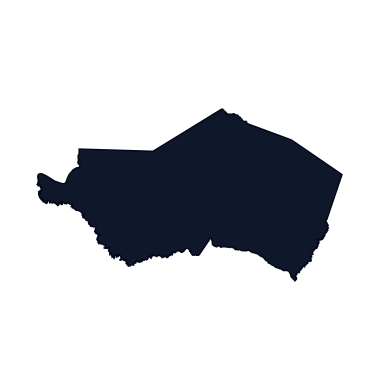 Milán, Caquetá, Colombia, rotated 124°
{"feature_id": "7082276B138661064638", "entity_name": "Milán", "entity_type": "district", "adm_level": 2, "iso_a3": "COL", "parent_name": "Colombia", "parent_adm1": "Caquetá", "projection": "robinson", "projection_center": [-75.283, 1.126], "detail": "fine", "context": "isolated", "style": "filled", "palette": "ink", "viewbox_px": 384, "rotation_deg": 124, "n_neighbors": 0, "source": "geoboundaries", "source_scale": "gbopen_adm2", "svg_char_len": 6023}
<svg xmlns="http://www.w3.org/2000/svg" viewBox="0 0 384 384"><g transform="rotate(124 192 192)"><path d="M93.7,77.4L93.3,138.5L104.5,184.6L103.2,186.4L104.7,189.0L104.5,190.6L103.7,191.3L103.9,193.4L103.2,193.7L103.6,195.7L103.1,196.1L102.8,197.3L103.7,198.6L103.7,201.0L105.9,203.1L106.4,204.3L107.6,205.5L107.4,206.1L108.1,206.8L108.1,207.4L107.8,207.1L107.7,207.5L107.5,207.3L106.9,208.5L107.3,210.4L106.5,211.1L106.2,213.0L107.3,214.0L180.1,247.1L219.5,309.5L223.4,307.0L226.0,306.5L227.6,304.9L228.0,305.0L228.5,304.2L231.2,303.1L232.1,302.2L232.4,299.9L233.6,299.1L234.2,299.5L234.9,299.1L236.8,301.4L240.1,302.9L246.1,303.6L250.5,303.0L253.9,301.9L255.9,302.1L257.0,303.0L257.8,304.5L259.8,311.8L260.1,321.6L260.7,326.0L261.7,328.0L263.3,329.2L265.2,328.7L269.1,325.2L270.6,325.0L270.8,323.8L272.2,324.6L272.8,322.9L271.5,322.4L271.2,321.8L272.2,321.8L271.9,319.7L272.5,319.3L272.6,320.0L272.9,320.0L274.0,317.9L275.8,318.6L276.4,317.7L277.9,317.2L277.9,317.7L276.9,318.8L277.2,319.2L279.3,318.1L280.9,316.3L282.3,313.7L282.1,313.4L281.3,313.4L281.2,312.9L281.6,311.2L282.6,311.9L282.6,311.0L283.3,310.1L283.1,309.4L282.3,309.2L282.8,308.6L283.0,306.6L282.5,306.3L282.4,307.4L281.9,307.8L281.5,306.2L280.5,306.9L279.0,305.0L279.1,304.4L280.2,304.3L280.5,303.9L279.5,303.3L279.1,301.3L277.8,301.3L277.8,297.9L278.2,295.6L277.5,295.5L277.2,296.7L275.7,295.0L274.5,295.7L274.5,294.1L275.3,293.3L274.7,292.7L272.6,294.2L272.5,293.1L272.9,291.3L272.7,291.1L272.3,291.7L271.6,290.7L271.4,290.4L272.0,289.9L272.0,289.5L270.7,289.2L270.5,288.6L270.1,288.8L269.8,288.5L269.5,287.7L270.3,287.4L270.2,286.0L269.2,284.4L269.4,284.1L270.1,284.2L270.5,283.2L271.2,283.9L271.6,283.9L271.2,283.0L272.0,282.2L271.4,281.6L271.9,277.8L271.2,276.7L270.3,273.5L271.4,270.7L271.5,268.2L271.8,268.2L272.1,269.4L272.6,269.8L272.7,268.9L273.3,268.9L274.1,268.1L273.6,267.0L273.9,265.4L273.5,264.7L274.5,264.2L274.5,263.5L273.9,262.7L274.0,261.9L276.3,259.4L276.3,258.5L275.5,258.0L277.1,256.9L276.9,256.5L276.1,256.4L276.0,254.1L275.7,253.6L275.0,253.4L274.6,252.0L279.3,250.4L278.9,249.8L279.6,248.9L279.0,248.2L279.3,247.8L279.9,248.1L279.6,247.2L279.9,246.4L278.9,245.5L279.0,244.0L281.3,245.3L284.6,244.2L284.4,243.4L285.2,243.0L285.0,242.0L286.3,241.7L286.4,241.4L285.8,241.1L286.8,240.3L286.1,239.5L285.7,237.9L285.1,237.1L285.1,235.1L284.4,234.2L286.4,232.9L287.0,233.7L287.5,233.5L287.3,232.5L285.7,231.5L285.7,231.2L286.2,230.9L285.7,229.5L285.1,229.4L284.3,230.2L283.9,229.7L285.1,228.5L287.2,228.2L287.1,227.6L287.6,227.7L287.7,226.7L289.6,225.2L288.7,225.1L288.6,223.7L289.5,223.4L289.7,222.6L290.7,221.8L289.3,220.9L290.1,220.5L290.5,219.6L288.1,220.1L286.7,219.6L286.9,218.7L288.0,218.1L286.7,217.3L286.5,217.5L286.8,218.1L286.2,218.4L286.0,217.4L285.1,218.0L285.2,217.3L284.7,215.9L285.1,215.6L285.3,214.7L285.8,214.2L286.6,214.0L287.1,213.3L288.4,213.8L288.7,213.5L288.1,212.7L287.0,212.2L285.7,211.0L285.8,210.6L286.4,211.0L286.8,210.1L286.5,209.7L285.8,209.2L285.6,210.2L284.8,209.7L285.5,208.8L286.3,208.7L286.7,206.1L287.8,206.7L287.8,205.8L288.5,205.4L288.2,204.6L288.9,203.5L288.2,203.4L288.2,202.4L288.0,202.0L286.7,202.1L285.2,199.6L284.6,200.4L282.2,199.1L281.9,199.9L281.3,199.7L280.8,199.1L279.5,198.3L279.5,197.9L280.0,197.4L279.6,197.1L279.3,195.9L278.4,196.1L277.7,194.8L277.4,195.2L276.2,194.7L275.9,195.0L275.9,194.5L275.2,193.5L273.7,192.8L273.5,191.7L271.9,191.3L271.5,192.0L270.7,192.2L269.6,190.9L269.3,190.3L269.5,189.9L269.1,190.0L269.2,189.6L268.5,190.2L268.5,189.1L268.0,189.0L266.8,189.8L266.3,189.0L265.9,187.6L265.4,187.3L265.2,185.2L263.6,184.7L263.1,184.0L262.4,184.3L262.1,183.2L262.7,182.8L262.4,181.0L262.7,181.3L262.9,180.5L262.5,180.7L261.8,179.0L261.1,179.0L260.0,177.9L260.0,176.8L260.5,176.5L260.4,176.1L259.6,175.6L258.9,176.0L258.7,175.5L258.1,175.4L257.3,175.8L257.2,175.4L256.8,175.4L256.7,174.6L255.9,174.4L255.6,174.8L255.3,173.8L255.1,174.1L254.4,174.2L254.3,173.8L254.0,174.1L253.3,174.0L253.2,174.5L252.9,174.0L252.9,174.3L252.1,174.0L251.6,173.3L251.6,172.4L251.0,171.8L249.8,171.8L249.1,171.2L248.7,171.3L248.4,170.7L248.1,170.8L248.2,170.3L247.7,169.9L248.1,169.4L247.7,168.6L248.0,167.3L247.6,166.6L246.9,166.6L246.6,166.1L245.4,165.6L244.1,166.1L243.4,165.3L242.7,165.6L241.7,165.3L241.2,164.0L241.0,161.8L242.4,160.9L242.4,159.6L243.0,158.9L244.0,156.5L243.9,155.9L243.3,155.8L243.0,154.5L242.0,154.1L241.9,152.9L240.7,151.2L240.2,151.0L219.4,150.9L219.5,150.2L221.9,147.3L223.6,146.2L224.0,145.5L224.4,144.3L223.8,141.3L223.5,140.8L221.5,140.0L221.4,139.1L221.7,137.4L219.1,134.7L219.0,133.9L218.3,133.1L217.9,131.7L216.9,130.6L216.6,129.1L215.4,128.6L215.0,125.2L215.4,124.3L215.3,123.3L214.4,122.8L214.2,121.3L213.0,120.5L212.8,118.1L210.4,114.2L208.8,112.9L208.3,110.9L208.6,109.7L208.4,108.7L206.5,102.9L206.8,100.0L206.3,96.3L207.4,92.3L207.0,90.5L208.1,89.0L207.6,87.4L207.8,84.8L207.3,83.6L207.6,80.3L206.9,78.9L206.6,76.6L206.0,75.2L205.9,72.2L204.1,69.7L203.4,67.5L205.0,64.4L206.8,62.4L208.0,57.0L205.8,56.7L204.6,57.5L204.0,59.7L202.0,59.0L200.9,60.5L201.0,60.1L199.7,59.0L199.0,59.3L198.4,58.9L198.5,58.2L197.0,58.9L195.6,58.3L194.8,59.1L194.1,58.8L194.4,58.3L193.8,58.2L192.1,58.7L192.0,58.4L191.4,58.3L191.1,57.0L190.1,57.9L190.1,57.3L189.1,56.9L188.2,57.2L187.0,56.5L186.6,57.2L186.1,56.4L184.7,56.9L183.6,56.6L183.4,55.2L182.8,54.8L182.0,55.0L180.7,56.3L180.3,57.5L179.2,56.6L179.0,57.6L178.6,57.2L178.2,58.2L177.0,57.9L176.2,57.0L175.9,57.5L175.0,58.0L175.0,58.7L173.5,58.4L172.6,58.8L172.0,58.3L170.2,58.5L169.7,57.7L168.4,57.2L168.3,57.9L166.6,57.5L165.9,58.1L165.2,57.9L164.8,58.6L163.1,58.3L162.8,58.7L163.4,58.9L163.3,59.4L162.8,60.0L161.6,59.8L161.1,61.1L160.5,60.8L161.0,60.2L160.9,59.6L160.1,58.9L158.6,59.4L159.2,58.2L158.3,57.5L157.8,58.1L156.6,57.3L155.4,58.2L154.9,57.7L154.4,58.1L154.1,57.6L152.2,58.4L149.5,58.0L148.7,59.1L148.3,59.0L148.2,58.2L147.6,58.1L146.5,59.2L145.5,59.0L145.4,60.2L143.5,60.5L142.9,62.3L142.1,62.9L142.3,64.5L141.1,64.5L140.2,65.5L139.4,64.9L93.7,77.4Z" fill="#0f172a" stroke="#020617" stroke-width="1.5"/></g></svg>